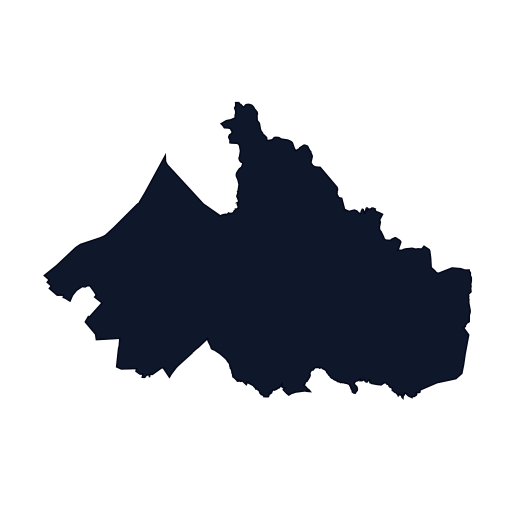 the district of Libres, Puebla, Mexico, rotated 175°
{"feature_id": "50627088B27684829351077", "entity_name": "Libres", "entity_type": "district", "adm_level": 2, "iso_a3": "MEX", "parent_name": "Mexico", "parent_adm1": "Puebla", "projection": "albers", "projection_center": [-97.691, 19.454], "detail": "fine", "context": "isolated", "style": "filled", "palette": "ink", "viewbox_px": 512, "rotation_deg": 175, "n_neighbors": 0, "source": "geoboundaries", "source_scale": "gbopen_adm2", "svg_char_len": 6124}
<svg xmlns="http://www.w3.org/2000/svg" viewBox="0 0 512 512"><g transform="rotate(175 256 256)"><path d="M343.0,153.8L328.3,164.9L328.4,165.2L321.8,170.1L321.7,169.9L311.6,177.9L310.8,174.6L309.4,171.3L308.4,167.6L306.9,166.5L305.3,166.0L305.0,165.5L300.6,162.1L295.2,156.5L293.9,154.7L293.5,153.4L293.1,153.5L291.7,150.7L291.6,148.5L291.1,147.4L291.4,146.7L290.7,145.8L290.1,143.6L290.1,141.5L289.7,140.8L289.5,137.7L289.1,137.2L288.2,136.6L286.1,134.0L284.9,134.1L284.8,133.6L285.2,132.9L283.1,132.9L282.0,132.4L280.1,132.8L279.6,131.8L276.9,128.7L275.5,131.1L274.9,130.4L270.0,127.2L269.0,125.6L268.2,125.1L267.9,123.6L266.6,123.3L264.5,121.4L263.9,119.0L262.8,117.5L261.5,117.1L260.5,115.8L260.4,115.2L256.2,114.7L255.7,115.1L254.7,117.7L253.8,117.5L253.4,119.1L252.5,118.3L251.1,121.2L249.6,120.8L248.9,120.9L246.7,121.7L246.1,122.3L244.1,122.8L243.6,123.7L242.2,125.0L241.6,125.1L241.9,125.7L241.3,126.4L241.2,124.9L242.0,124.2L241.6,123.4L240.4,122.5L239.0,122.2L240.5,120.4L237.3,116.4L235.4,114.6L232.3,116.2L230.3,116.4L229.9,116.8L227.9,117.0L218.3,117.4L217.9,116.9L213.7,116.2L215.0,118.2L216.3,119.1L217.9,121.4L219.5,122.9L218.4,124.3L218.0,125.7L216.7,126.8L216.1,126.8L213.1,130.9L212.4,132.6L212.7,134.5L210.9,137.3L208.8,137.6L208.1,138.7L206.5,139.8L204.7,139.5L203.7,139.9L203.3,139.3L202.6,139.2L202.3,138.7L201.1,139.2L199.7,138.6L199.2,137.8L197.5,137.0L195.9,135.3L195.6,133.8L194.6,132.8L193.9,131.1L193.0,130.5L192.3,128.8L191.1,127.7L190.1,127.3L189.3,126.3L186.4,124.7L185.8,123.9L183.7,123.2L182.7,122.5L181.3,122.7L180.6,122.2L179.2,122.2L178.3,121.5L177.2,121.4L174.6,120.2L174.2,119.7L173.2,117.4L172.6,114.9L171.9,114.0L171.9,112.2L170.5,111.0L169.2,110.6L168.8,111.0L168.0,112.3L166.9,113.2L166.6,114.8L167.0,117.0L168.8,119.0L169.3,120.9L167.4,122.7L165.8,122.8L162.9,124.4L162.3,124.0L162.2,123.3L162.9,122.7L161.2,122.5L159.1,123.7L158.9,122.7L157.3,120.9L156.3,120.8L155.7,121.6L153.7,122.7L153.5,119.9L152.7,119.6L152.0,119.0L146.6,117.5L142.5,116.7L140.0,118.2L137.9,118.7L136.8,117.0L135.0,116.2L134.8,114.9L133.9,113.6L131.8,112.8L131.9,110.1L130.9,109.7L130.5,109.0L129.2,107.8L128.4,107.8L126.8,105.3L126.5,104.4L125.1,106.2L124.9,105.3L124.5,104.9L123.2,105.0L123.0,102.8L122.0,101.5L121.5,104.2L120.4,104.7L120.0,106.5L117.8,105.6L118.1,105.4L117.2,104.3L116.8,104.3L116.7,103.7L116.3,103.3L113.0,101.4L112.9,102.3L110.6,102.3L108.6,103.3L107.9,104.4L108.5,105.3L108.4,105.9L105.2,105.8L104.5,106.2L104.3,108.1L102.8,108.7L86.8,114.0L67.6,116.4L61.2,121.1L58.7,129.6L56.3,139.9L51.0,158.9L55.4,166.3L53.5,167.7L53.4,169.0L52.6,169.7L52.4,170.4L49.3,172.0L48.7,178.3L47.7,181.0L47.4,183.0L48.1,190.5L48.0,192.9L47.7,194.0L48.0,196.2L47.5,197.5L48.1,199.0L44.9,201.6L45.0,205.3L44.4,207.0L44.6,209.1L43.7,212.2L43.4,215.8L44.2,217.7L43.9,220.6L44.8,222.3L44.9,223.5L49.0,223.7L53.1,225.5L61.7,227.0L75.8,222.8L77.8,223.7L79.5,226.1L82.5,229.2L82.2,238.8L82.5,246.0L83.0,247.3L87.8,251.1L90.0,248.7L91.0,248.5L93.5,249.0L96.4,248.9L99.8,250.1L106.4,250.0L108.6,249.6L110.3,248.9L114.0,249.5L110.5,257.2L110.9,258.3L111.8,259.3L115.3,262.0L115.9,262.1L119.5,260.8L120.2,260.1L121.5,259.9L125.4,260.5L126.8,261.9L127.3,264.0L129.4,269.5L130.6,271.3L130.6,273.9L129.2,278.8L129.7,281.2L126.3,286.5L130.2,288.8L132.4,289.7L133.5,291.4L133.1,292.4L135.4,293.6L136.5,293.6L136.6,293.1L140.1,292.6L140.6,292.2L140.3,293.4L141.1,294.2L141.6,294.2L142.0,293.9L143.8,289.1L144.2,289.2L145.2,292.9L146.0,293.3L147.3,291.2L147.7,289.2L148.0,288.9L150.4,290.2L151.1,291.5L151.9,292.2L154.0,293.2L159.4,292.3L163.7,294.7L165.6,306.0L168.5,306.9L170.0,310.5L169.6,312.8L169.8,313.7L169.2,314.2L168.9,315.4L169.3,317.4L184.4,338.8L185.9,338.9L189.6,339.7L191.7,341.3L193.2,344.3L191.3,350.2L191.4,351.3L192.3,353.9L192.4,355.3L193.4,356.5L195.1,360.9L197.7,362.2L198.7,362.2L203.0,359.9L203.5,359.1L207.0,357.5L208.1,358.9L208.5,360.0L209.9,365.6L211.2,367.0L214.2,368.7L220.7,370.3L223.0,372.0L225.8,372.5L227.5,372.4L229.2,370.7L230.1,370.3L233.7,370.0L234.8,370.2L235.2,370.9L235.1,373.0L237.4,375.8L238.4,376.4L238.8,378.0L240.0,379.8L240.6,382.0L241.0,387.1L241.5,388.7L242.5,390.0L243.0,391.4L242.8,395.9L242.2,397.4L242.3,398.8L242.6,399.7L244.8,402.8L245.3,404.3L247.0,406.5L249.9,407.7L252.2,407.7L253.3,407.3L255.3,405.0L257.9,408.2L259.3,409.1L259.7,410.3L262.9,410.6L263.1,407.0L263.7,406.5L264.4,405.2L263.6,402.4L263.8,399.7L264.5,398.1L264.7,395.4L269.1,393.9L273.8,393.4L279.2,390.8L277.6,388.9L276.4,386.6L275.6,386.3L274.6,386.6L274.0,386.1L272.8,386.1L270.3,385.2L269.8,384.0L269.2,383.6L269.6,383.2L269.1,382.7L269.0,381.5L269.3,380.7L270.3,379.6L271.7,379.1L272.7,377.3L272.8,376.3L271.8,373.8L272.1,371.1L270.7,370.7L265.2,370.0L263.6,369.1L263.1,368.2L262.7,366.8L262.3,361.9L263.6,356.8L264.4,354.9L264.3,354.0L263.8,352.3L262.5,350.7L260.7,349.9L262.6,345.8L265.1,344.2L267.9,340.6L268.4,339.2L268.6,337.4L267.3,333.4L266.6,328.8L268.1,322.6L268.8,321.6L268.3,320.9L269.9,317.2L269.8,316.4L269.0,315.7L269.3,314.6L268.7,314.3L268.5,311.4L270.3,310.6L269.4,310.3L269.9,310.0L269.7,309.4L270.1,308.8L269.2,306.0L269.4,305.2L270.2,305.2L271.5,304.2L272.4,304.5L272.5,303.6L273.9,302.7L274.1,302.0L275.5,300.7L278.5,300.6L279.6,301.3L280.1,300.7L282.3,299.5L282.6,300.2L284.6,300.1L286.8,299.6L287.8,298.9L303.9,312.3L336.5,354.6L337.9,358.0L337.6,363.9L360.9,328.8L367.3,319.9L367.2,319.4L369.8,317.8L395.6,296.2L404.3,289.6L406.9,288.5L410.2,287.5L429.9,282.8L434.9,280.0L455.6,263.7L468.6,255.0L464.1,250.3L466.3,248.0L462.4,244.0L464.7,241.7L457.5,234.3L451.6,233.8L451.2,232.1L451.6,231.5L449.7,230.7L445.2,227.3L442.2,232.9L437.9,237.4L431.9,240.7L428.8,240.1L426.6,241.1L424.0,240.8L420.0,234.1L418.5,230.9L420.3,229.2L413.4,222.7L427.6,209.4L428.3,210.2L431.8,205.2L422.6,192.0L422.3,186.6L398.8,185.9L400.0,178.7L401.0,175.6L404.5,157.7L400.0,155.2L384.8,154.3L385.6,151.6L381.9,148.5L378.9,148.1L379.9,145.1L377.9,144.8L377.4,144.8L375.7,146.7L373.6,147.2L373.2,146.9L372.7,145.5L372.6,144.5L372.1,147.3L369.5,147.1L360.0,152.7L357.7,152.7L357.7,151.8L352.8,142.8L350.9,145.6L345.2,151.9L343.0,153.8Z" fill="#0f172a" stroke="#020617" stroke-width="1.5"/></g></svg>